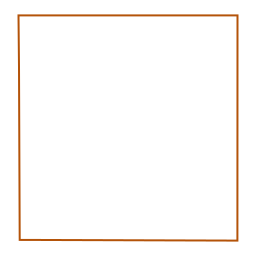 the district of Baylor, Texas, United States of America
{"feature_id": "52423323B2493878028026", "entity_name": "Baylor", "entity_type": "district", "adm_level": 2, "iso_a3": "USA", "parent_name": "United States of America", "parent_adm1": "Texas", "projection": "natural_earth1", "projection_center": [-99.301, 33.616], "detail": "fine", "context": "isolated", "style": "outline", "palette": "amber", "viewbox_px": 256, "rotation_deg": 0, "n_neighbors": 0, "source": "geoboundaries", "source_scale": "gbopen_adm2", "svg_char_len": 191}
<svg xmlns="http://www.w3.org/2000/svg" viewBox="0 0 256 256"><path d="M18.5,15.4L19.0,67.1L19.7,239.9L237.4,240.6L237.5,15.4L18.5,15.4Z" fill="none" stroke="#b45309" stroke-width="2"/></svg>